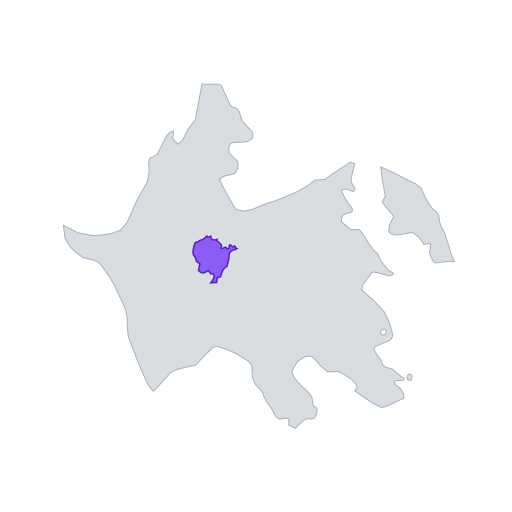 Kürdəmir highlighted on a map of Azerbaijan, rotated 193°
{"feature_id": "AZE-1706", "entity_name": "Kürdəmir", "entity_type": "District", "adm_level": 1, "iso_a3": "AZE", "parent_name": "Azerbaijan", "parent_adm1": "", "projection": "equal_earth", "projection_center": [48.132, 40.282], "detail": "fine", "context": "in_parent", "style": "filled", "palette": "violet", "viewbox_px": 512, "rotation_deg": 193, "n_neighbors": 0, "source": "natural_earth", "source_scale": "10m", "svg_char_len": 4392}
<svg xmlns="http://www.w3.org/2000/svg" viewBox="0 0 512 512"><g transform="rotate(193 256 256)"><path d="M347.3,411.7L345.3,411.6L330.9,415.1L327.9,414.0L315.6,397.8L313.0,396.0L307.7,395.3L304.6,392.6L302.1,388.3L300.7,385.1L288.0,376.3L286.1,373.1L285.8,370.3L287.7,367.8L289.9,365.6L296.0,363.5L303.3,361.6L305.6,360.3L306.8,357.9L306.7,354.2L305.5,350.5L295.1,343.9L294.0,341.0L293.7,337.5L294.3,333.8L295.9,331.0L304.3,327.1L308.8,323.0L306.0,318.5L296.9,308.2L286.1,296.9L278.9,296.8L270.6,300.2L257.3,309.8L249.9,313.9L240.3,320.7L229.8,328.3L221.2,336.4L215.8,343.1L206.3,346.0L201.4,351.6L185.3,368.5L180.8,368.3L180.6,359.9L180.9,353.3L179.9,349.5L174.8,344.2L174.7,342.0L176.1,340.6L180.1,341.4L185.2,341.1L187.6,339.1L182.2,332.2L177.4,327.6L173.3,324.5L172.4,322.7L172.4,321.4L173.3,319.8L180.3,316.0L181.1,312.6L180.6,308.7L169.6,303.0L161.2,305.1L153.8,298.7L149.1,293.7L143.1,288.4L137.8,285.5L132.8,278.9L124.0,272.0L118.3,270.1L118.4,269.0L119.5,267.8L121.8,266.7L137.7,267.0L139.6,265.8L140.6,262.8L142.8,258.5L145.4,252.1L145.3,246.7L129.5,238.0L118.1,230.1L110.2,219.6L105.0,210.0L105.2,206.7L106.8,203.7L119.2,194.9L120.1,192.6L119.8,191.0L115.5,186.5L110.0,181.9L108.3,178.5L104.9,176.7L98.3,176.6L86.8,170.9L84.4,170.3L83.9,169.2L84.4,168.1L92.7,165.7L92.6,163.8L90.2,161.3L85.5,159.5L81.4,155.0L79.9,150.9L95.0,139.0L99.4,136.6L109.1,138.8L129.2,146.7L127.8,151.1L129.8,153.5L134.4,156.9L143.2,160.3L150.8,162.1L154.6,160.6L160.4,159.3L167.9,163.2L174.8,168.2L178.2,170.2L180.1,170.8L185.4,169.2L191.8,162.7L194.3,155.0L195.1,151.3L191.4,146.1L183.9,140.5L175.4,135.7L169.9,131.3L166.5,122.8L163.0,121.9L162.1,120.8L161.6,117.9L161.8,113.8L163.0,110.7L166.5,109.4L169.9,108.9L173.1,105.9L177.1,100.1L178.8,96.9L186.2,98.7L187.1,103.9L188.4,105.0L191.5,104.4L196.6,102.2L200.7,103.9L205.9,110.1L213.1,116.7L216.9,121.1L218.5,124.2L222.1,127.1L227.5,130.6L231.8,136.0L235.6,148.7L239.5,151.7L253.5,156.5L258.4,157.5L272.1,159.2L276.9,157.9L284.0,147.0L290.4,135.8L296.3,133.4L307.0,128.0L313.4,122.9L316.1,117.3L322.1,106.9L325.8,101.1L332.2,106.3L343.1,120.4L358.9,143.4L362.7,149.9L365.3,157.5L367.5,166.7L371.1,174.8L387.1,195.3L394.1,202.9L405.3,212.7L409.3,214.9L414.6,215.5L424.2,215.5L433.1,219.4L437.6,222.1L442.1,226.0L446.2,230.5L450.5,242.6L435.0,238.6L419.4,239.2L410.7,241.8L402.2,245.3L394.0,250.3L389.0,260.1L384.8,282.7L378.6,303.8L378.9,313.6L381.7,323.1L381.4,327.5L378.5,329.4L374.9,333.5L370.2,353.0L367.8,356.9L364.7,359.3L363.8,357.0L364.0,351.9L357.1,347.3L353.5,352.4L351.1,363.2L346.1,374.5L345.9,376.7L347.3,411.7ZM117.1,212.0L117.8,209.0L115.9,207.6L113.9,207.5L112.1,209.0L112.0,212.8L114.5,213.5L117.1,212.0ZM64.9,300.0L62.6,296.8L61.5,295.1L68.4,293.7L79.9,289.5L83.0,291.5L86.3,295.8L87.9,299.4L88.1,306.2L89.5,307.3L95.1,305.0L97.5,307.7L101.8,311.0L109.2,314.3L120.0,309.2L125.3,307.9L129.7,308.0L132.1,309.6L132.9,314.8L131.9,321.3L130.6,324.9L132.9,327.5L141.6,333.8L145.2,337.2L143.4,343.3L149.8,358.1L152.0,363.8L154.5,370.9L141.0,368.1L116.9,362.2L110.2,359.1L104.0,350.8L100.3,346.9L94.8,341.8L90.3,339.8L86.9,336.3L85.0,331.0L82.2,326.3L77.3,320.8L66.3,301.9L64.9,300.0ZM81.1,174.7L79.6,175.7L77.3,174.7L76.7,172.4L76.9,170.0L79.2,169.4L81.0,170.1L81.5,172.3L81.1,174.7Z" fill="#d9dde1" stroke="#a8b0b8" stroke-width="1"/><path d="M316.9,242.7L318.2,245.0L318.6,248.1L318.8,251.7L318.2,255.5L315.9,256.7L314.1,258.6L311.8,259.9L310.1,261.7L309.5,262.9L308.4,264.4L308.1,263.9L307.5,263.5L307.0,263.5L306.5,263.7L306.1,263.9L305.9,264.1L305.0,265.0L304.5,265.2L304.0,263.7L303.5,263.1L302.9,262.5L302.3,262.2L301.1,262.1L299.8,262.3L297.6,263.5L297.7,262.2L297.4,261.9L296.8,261.8L296.2,261.6L292.4,259.2L291.9,258.2L291.5,255.6L290.4,255.7L289.0,256.9L287.6,257.8L286.9,257.5L286.1,256.9L285.2,256.4L284.5,256.9L284.2,257.6L284.2,258.7L284.3,260.6L283.9,261.1L283.1,260.9L281.9,260.3L281.6,260.2L280.9,259.8L280.5,259.8L280.1,260.0L279.5,260.8L279.0,260.9L278.6,260.7L277.4,259.4L276.9,259.1L276.2,258.9L277.8,257.6L279.9,256.6L281.4,254.9L282.6,252.8L281.8,246.3L281.9,239.5L283.6,237.6L285.0,235.2L285.6,231.6L285.9,227.8L288.9,226.2L288.3,221.3L291.2,220.6L294.0,219.6L292.6,223.3L292.0,227.2L293.8,229.0L296.3,228.5L297.5,229.7L299.0,231.1L300.9,229.5L302.9,227.8L306.0,227.5L308.8,228.9L308.9,232.5L309.0,235.9L311.1,236.6L313.0,237.6L314.6,240.7L316.9,242.7Z" fill="#8b5cf6" stroke="#5b21b6" stroke-width="1.5"/></g></svg>